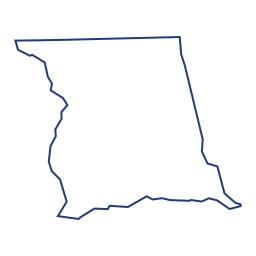 the district of Montgomery, North Carolina, United States of America
{"feature_id": "52423323B62782413793554", "entity_name": "Montgomery", "entity_type": "district", "adm_level": 2, "iso_a3": "USA", "parent_name": "United States of America", "parent_adm1": "North Carolina", "projection": "mercator", "projection_center": [-79.888, 35.324], "detail": "fine", "context": "isolated", "style": "outline", "palette": "blue", "viewbox_px": 256, "rotation_deg": 0, "n_neighbors": 0, "source": "geoboundaries", "source_scale": "gbopen_adm2", "svg_char_len": 813}
<svg xmlns="http://www.w3.org/2000/svg" viewBox="0 0 256 256"><path d="M61.2,39.9L38.3,40.3L36.6,40.3L15.4,40.6L18.0,49.8L29.8,55.7L32.1,54.8L44.7,62.4L47.9,76.8L52.0,83.7L50.6,90.3L63.0,98.1L67.4,105.1L61.4,112.1L61.6,118.7L55.3,129.5L55.8,136.2L50.5,146.2L48.8,161.7L51.7,171.0L60.1,179.6L66.7,201.7L57.9,216.1L78.5,219.0L79.9,217.7L80.1,217.6L80.2,217.4L94.4,208.6L107.7,209.1L109.8,205.8L127.9,207.0L146.7,196.3L152.7,199.5L161.9,198.2L170.2,200.1L189.5,200.8L190.0,200.5L190.8,200.0L201.6,201.5L208.9,198.3L217.2,200.4L229.6,209.0L240.6,206.1L240.5,205.5L240.6,205.3L240.4,205.2L240.4,204.9L240.5,204.7L240.3,204.4L240.2,204.2L235.4,202.9L224.5,193.4L217.4,166.4L207.5,163.5L201.9,151.6L202.7,139.3L184.9,65.8L184.9,65.7L181.2,54.5L179.7,37.0L61.2,39.9Z" fill="none" stroke="#1e3a8a" stroke-width="2"/></svg>